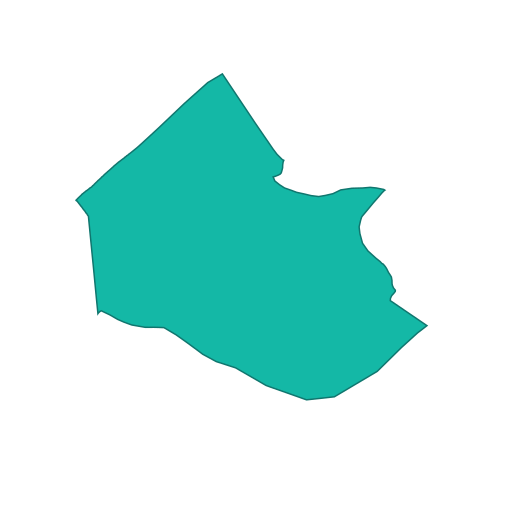 Paix Bouche, Castries, Saint Lucia, rotated 33°
{"feature_id": "8701671B69138058153877", "entity_name": "Paix Bouche", "entity_type": "district", "adm_level": 2, "iso_a3": "LCA", "parent_name": "Saint Lucia", "parent_adm1": "Castries", "projection": "robinson", "projection_center": [-60.942, 14.018], "detail": "fine", "context": "isolated", "style": "filled", "palette": "teal", "viewbox_px": 512, "rotation_deg": 33, "n_neighbors": 0, "source": "geoboundaries", "source_scale": "gbopen_adm2", "svg_char_len": 3314}
<svg xmlns="http://www.w3.org/2000/svg" viewBox="0 0 512 512"><g transform="rotate(33 256 256)"><path d="M128.6,121.6L121.1,136.8L115.7,156.6L112.8,167.3L104.5,202.0L98.8,224.2L97.1,230.4L94.4,238.6L94.0,239.6L93.8,240.0L93.7,240.6L93.6,241.1L93.5,241.3L93.3,241.8L93.0,242.2L92.9,242.9L92.7,243.5L92.5,244.1L92.3,244.3L92.2,244.8L92.0,245.4L92.0,245.7L91.9,246.2L91.5,246.9L91.2,247.8L91.0,248.3L90.9,248.6L90.8,248.9L90.6,249.5L90.3,250.2L90.2,250.6L90.1,251.0L89.9,251.4L89.7,251.9L89.5,252.3L89.4,253.0L89.1,253.8L89.0,254.2L88.8,255.0L88.5,255.8L88.4,256.2L88.1,257.1L88.0,257.5L87.7,258.4L87.6,259.3L87.5,259.6L87.3,260.1L87.2,260.6L87.1,260.9L87.1,261.2L86.9,261.7L86.7,262.5L86.5,263.3L86.2,264.3L86.0,265.0L85.9,265.4L85.6,266.1L85.5,266.9L85.4,267.4L85.1,268.1L85.0,268.5L84.9,269.0L84.6,269.9L84.4,270.5L84.4,271.2L83.9,273.1L83.6,273.7L83.5,274.8L83.3,275.6L83.1,276.2L83.1,276.5L83.0,276.9L82.8,277.6L82.7,277.9L82.4,278.8L82.3,279.5L82.2,280.1L82.0,280.9L81.8,281.7L81.5,283.0L81.3,283.9L81.3,284.5L81.1,285.0L81.1,285.3L80.8,285.9L80.7,286.2L80.7,286.9L80.6,287.3L80.5,287.7L80.3,288.3L80.0,288.7L79.9,289.0L79.5,289.8L79.5,290.2L79.3,290.7L79.3,290.9L79.1,291.5L78.6,292.7L78.6,293.1L78.3,293.5L78.1,293.8L77.5,295.9L77.3,296.3L77.2,296.6L77.1,297.1L76.8,298.1L76.6,298.3L76.5,298.7L76.5,299.1L76.3,299.4L76.3,299.7L76.3,300.3L76.2,300.6L76.1,301.0L76.0,301.4L75.8,302.0L75.7,302.5L75.6,303.0L75.3,304.1L75.3,304.4L75.2,304.8L75.0,305.6L75.0,306.1L74.7,307.0L74.7,307.3L75.4,307.5L75.9,307.4L76.3,307.4L76.9,307.7L77.5,307.9L78.1,308.1L78.3,308.2L78.9,308.4L79.4,308.6L80.3,308.8L81.0,309.2L81.6,309.4L81.8,309.5L82.3,309.5L82.9,309.8L83.8,310.0L84.3,310.3L84.8,310.5L85.5,310.8L86.0,310.9L86.3,311.0L87.0,311.3L87.5,311.4L88.4,311.7L88.8,311.9L89.6,312.3L89.9,312.4L90.4,312.6L91.0,312.7L91.6,312.9L91.9,313.1L92.1,313.3L92.5,313.4L93.0,313.6L93.8,313.9L94.1,314.3L108.2,332.0L128.5,357.4L146.7,380.3L154.8,390.4L154.8,390.0L154.9,389.4L155.0,388.9L155.1,388.5L155.3,387.8L155.5,387.2L155.7,386.9L156.1,386.2L160.1,385.7L165.2,385.0L174.5,384.5L181.7,383.3L189.4,381.5L198.3,377.7L201.8,376.2L205.1,374.1L209.0,371.5L213.4,368.8L217.8,366.2L230.1,365.7L231.7,365.6L233.7,365.7L245.7,366.2L259.3,367.0L264.8,367.4L269.8,367.0L280.2,366.2L296.1,361.9L299.8,360.9L306.0,360.6L334.9,359.1L339.3,358.1L370.4,350.6L372.2,350.2L376.7,349.1L388.4,339.6L398.4,331.4L420.5,286.7L427.8,253.7L428.0,252.9L433.4,232.4L436.1,224.8L437.3,221.3L392.9,220.3L391.8,218.2L391.4,215.3L391.9,212.3L392.1,209.9L391.5,208.8L388.9,208.0L386.7,206.6L385.3,205.3L383.3,202.4L381.0,199.9L378.8,198.8L376.2,197.7L372.3,195.4L370.5,194.6L369.1,194.1L367.3,193.6L366.6,193.5L366.0,193.7L365.2,193.6L363.3,193.1L357.5,192.5L347.1,190.8L338.4,187.3L330.9,180.6L326.6,175.4L324.3,169.1L323.4,165.9L323.4,164.7L324.0,160.0L325.4,147.9L326.5,140.4L327.3,134.3L328.0,131.0L328.2,130.6L326.9,130.6L319.9,133.4L314.4,136.2L308.5,140.8L299.5,147.0L291.1,154.4L286.6,161.8L281.1,167.5L276.2,172.0L269.2,175.4L262.7,177.7L255.3,180.5L249.8,181.7L242.9,183.4L236.9,183.4L230.9,182.8L227.3,180.3L228.9,178.5L229.5,177.6L230.7,175.9L231.7,174.1L231.9,172.5L231.1,169.9L230.3,167.6L228.8,165.1L227.6,162.5L227.2,160.6L225.5,160.8L218.3,159.3L212.2,157.1L182.8,144.9L128.6,121.6Z" fill="#14b8a6" stroke="#0f766e" stroke-width="1.5"/></g></svg>